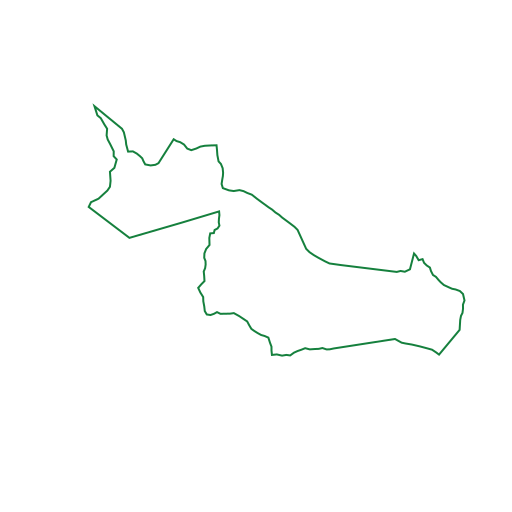 outline of Mamanguape, Paraíba, Brazil, rotated 299°
{"feature_id": "56859067B20105747744609", "entity_name": "Mamanguape", "entity_type": "district", "adm_level": 2, "iso_a3": "BRA", "parent_name": "Brazil", "parent_adm1": "Paraíba", "projection": "mercator", "projection_center": [-35.151, -6.705], "detail": "fine", "context": "isolated", "style": "outline", "palette": "green", "viewbox_px": 512, "rotation_deg": 299, "n_neighbors": 0, "source": "geoboundaries", "source_scale": "gbopen_adm2", "svg_char_len": 2324}
<svg xmlns="http://www.w3.org/2000/svg" viewBox="0 0 512 512"><g transform="rotate(299 256 256)"><path d="M272.9,87.4L264.4,89.4L258.9,87.4L251.2,92.4L245.7,94.7L241.2,94.3L229.8,90.5L223.1,85.6L217.8,85.9L210.5,136.5L249.1,174.8L277.1,202.1L274.0,204.2L270.7,205.5L267.4,207.1L264.8,209.3L261.4,209.0L258.7,207.2L255.6,208.0L253.6,205.0L249.2,206.4L243.1,210.0L238.0,209.0L233.3,209.6L229.3,211.6L227.1,214.3L224.1,216.1L220.7,217.4L217.1,217.8L213.5,220.3L209.1,223.1L204.8,221.9L200.1,220.9L197.1,225.0L194.5,229.7L190.8,231.9L186.8,235.2L183.0,237.9L181.0,241.3L182.3,244.8L185.1,247.3L188.0,249.1L188.2,252.9L190.6,257.1L193.1,261.4L195.3,264.3L195.3,270.2L194.5,280.0L192.1,283.7L190.0,287.3L189.6,290.9L189.4,294.6L189.4,298.8L190.2,302.2L190.6,306.4L187.0,310.2L184.2,313.5L180.8,315.4L177.2,317.9L180.0,321.9L181.5,327.1L184.2,330.5L185.6,334.1L189.9,336.1L193.0,338.4L196.0,341.1L199.2,343.7L200.4,348.3L203.2,352.6L205.2,355.9L207.7,358.7L208.5,363.0L210.1,365.7L212.8,368.8L250.8,417.8L250.8,425.4L251.9,429.0L254.1,435.2L256.4,443.2L258.2,450.4L259.4,455.4L259.0,460.3L258.5,463.9L290.1,469.9L299.1,465.6L303.1,464.3L306.3,464.2L310.3,462.6L313.8,460.6L318.2,459.9L323.1,455.5L324.2,451.3L323.5,446.8L322.4,443.4L322.1,439.9L321.7,434.4L322.6,430.2L323.6,427.1L325.0,423.5L325.2,420.0L327.7,416.3L330.2,413.7L330.5,409.9L331.5,406.3L334.0,403.2L331.2,400.3L333.7,396.1L334.8,393.0L319.0,397.1L314.4,393.8L313.0,389.7L310.3,386.8L289.3,334.8L285.1,323.9L284.8,319.0L284.7,311.4L284.8,306.2L285.3,300.9L286.6,296.4L299.0,279.7L300.2,275.5L301.0,270.0L301.7,264.8L302.3,260.2L303.2,256.3L303.5,251.8L304.4,247.6L304.7,243.5L305.6,236.2L306.5,229.3L307.6,222.6L306.9,217.8L306.7,213.7L305.6,209.6L302.0,205.0L300.3,200.5L299.3,194.1L302.3,191.0L306.3,189.5L309.8,188.3L312.8,186.9L316.6,184.3L319.5,180.7L320.6,177.4L325.5,173.3L329.8,170.5L333.7,167.8L330.8,162.9L327.6,157.8L324.7,154.3L321.1,151.7L317.2,148.1L316.6,143.8L318.6,139.0L318.8,134.5L318.0,130.8L318.2,127.4L289.9,125.7L287.0,123.8L284.1,119.9L282.4,114.7L284.3,111.7L286.3,109.1L287.1,106.0L287.8,102.1L287.8,97.6L285.3,93.5L290.6,88.4L293.9,86.1L300.1,80.5L302.3,77.1L308.7,42.1L302.1,49.1L301.3,53.4L297.6,59.5L295.1,64.1L289.0,66.9L286.0,69.8L283.1,74.3L278.6,80.8L274.3,83.1L272.9,87.4Z" fill="none" stroke="#15803d" stroke-width="2"/></g></svg>